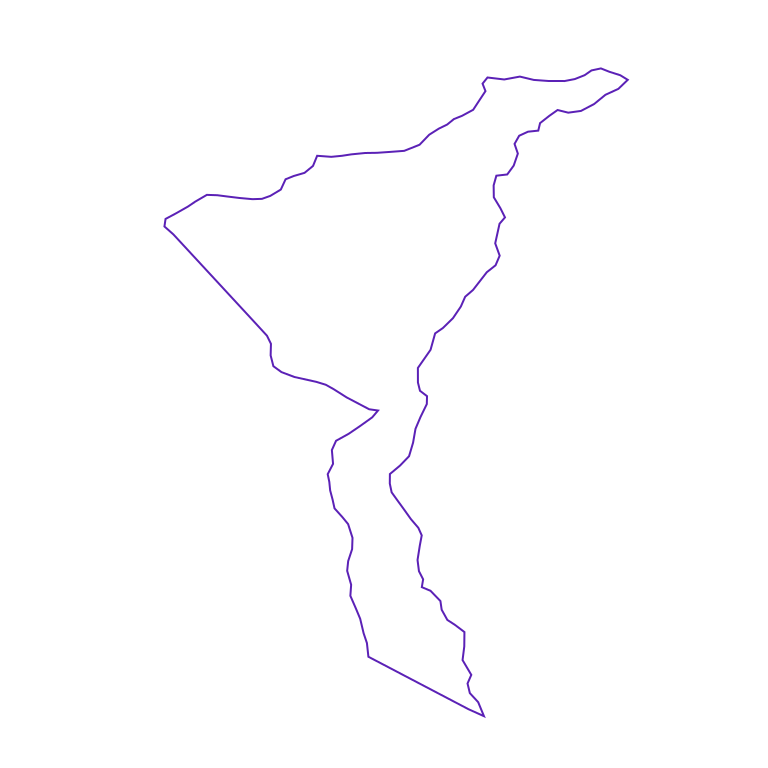 Maxaranguape, Rio Grande do Norte, Brazil, rotated 273°
{"feature_id": "56859067B82537328985122", "entity_name": "Maxaranguape", "entity_type": "district", "adm_level": 2, "iso_a3": "BRA", "parent_name": "Brazil", "parent_adm1": "Rio Grande do Norte", "projection": "robinson", "projection_center": [-35.356, -5.454], "detail": "fine", "context": "isolated", "style": "outline", "palette": "violet", "viewbox_px": 768, "rotation_deg": 273, "n_neighbors": 0, "source": "geoboundaries", "source_scale": "gbopen_adm2", "svg_char_len": 2032}
<svg xmlns="http://www.w3.org/2000/svg" viewBox="0 0 768 768"><g transform="rotate(273 384 384)"><path d="M708.0,574.8L702.9,568.2L698.5,558.6L696.0,548.5L695.2,532.6L695.5,517.7L698.1,503.6L694.4,488.1L695.5,471.3L689.1,466.7L681.8,470.0L672.8,464.7L662.5,458.7L655.9,447.9L652.2,439.9L646.4,433.5L641.9,425.4L635.3,416.1L624.8,407.0L617.9,392.0L616.1,378.0L614.5,364.8L613.7,353.1L611.6,339.3L609.7,330.1L608.1,319.5L608.4,305.3L598.1,301.7L590.7,293.6L587.0,283.0L583.3,275.0L572.8,270.8L565.9,260.6L562.5,252.4L561.7,243.0L562.2,229.9L563.0,218.2L563.8,207.6L563.6,197.2L556.2,185.9L550.9,178.9L543.5,167.3L537.4,157.2L529.8,156.5L522.4,165.8L440.6,249.8L426.1,264.6L418.2,269.0L406.6,269.3L396.0,272.6L390.5,281.0L386.3,294.2L382.6,316.3L380.2,325.9L376.2,334.0L368.6,347.5L358.0,370.5L357.2,379.4L350.1,374.0L340.6,362.1L332.4,351.3L324.8,339.1L315.3,335.4L301.6,337.3L291.0,332.5L283.4,334.5L274.9,335.8L265.9,338.7L257.2,341.1L248.8,349.5L242.2,355.5L228.7,360.6L217.4,360.8L205.3,357.5L195.5,357.0L181.8,361.7L170.7,361.5L158.3,367.7L148.3,372.5L134.0,376.7L124.4,380.5L110.8,382.7L63.7,485.3L57.5,501.2L71.2,494.7L79.8,485.9L89.3,483.1L98.1,486.4L112.4,476.9L126.1,477.9L140.5,477.3L147.2,467.4L151.7,459.6L161.6,453.4L170.2,451.7L179.9,441.3L183.1,432.4L191.0,433.3L198.9,428.7L210.0,426.7L224.4,428.2L234.8,429.6L242.2,425.8L250.4,418.0L261.2,409.4L268.6,403.4L276.2,397.3L284.9,395.0L294.4,394.6L303.4,404.3L313.2,412.8L326.9,416.1L340.9,417.8L353.0,422.2L366.2,427.8L374.1,427.6L379.1,420.3L387.3,417.8L401.8,417.0L420.6,428.7L437.2,432.4L443.0,439.9L453.3,449.4L465.4,456.7L475.4,460.5L482.6,468.0L501.0,480.8L508.4,489.2L518.2,492.8L530.3,487.7L550.1,491.0L556.7,496.1L565.7,491.0L576.2,483.9L588.1,483.1L597.9,485.3L599.7,496.1L608.9,502.1L621.1,505.6L630.6,501.8L639.0,506.0L643.5,514.6L645.1,524.8L652.7,526.2L660.4,535.0L666.7,543.0L664.6,553.8L667.0,566.4L674.6,579.2L684.4,590.0L691.0,602.6L700.5,611.5L704.7,603.8L707.6,592.7L710.5,584.1L708.0,574.8Z" fill="none" stroke="#5b21b6" stroke-width="2"/></g></svg>